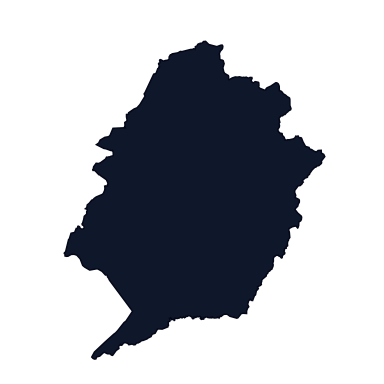 the district of Phnum Kravanh, Pouthisat, Cambodia, rotated 259°
{"feature_id": "14789045B35445184191564", "entity_name": "Phnum Kravanh", "entity_type": "district", "adm_level": 2, "iso_a3": "KHM", "parent_name": "Cambodia", "parent_adm1": "Pouthisat", "projection": "orthographic", "projection_center": [103.822, 12.181], "detail": "fine", "context": "isolated", "style": "filled", "palette": "ink", "viewbox_px": 384, "rotation_deg": 259, "n_neighbors": 0, "source": "geoboundaries", "source_scale": "gbopen_adm2", "svg_char_len": 5941}
<svg xmlns="http://www.w3.org/2000/svg" viewBox="0 0 384 384"><g transform="rotate(259 192 192)"><path d="M327.0,185.2L326.2,185.5L325.0,185.3L324.7,183.9L324.2,183.6L321.2,184.1L321.0,183.2L319.9,183.1L319.7,182.0L316.0,179.8L315.1,178.9L315.0,176.9L298.3,164.7L297.7,163.9L296.8,163.8L295.1,164.3L287.7,157.5L285.1,154.0L284.6,151.1L281.9,144.9L280.4,144.5L280.6,142.5L278.2,142.0L274.7,142.0L273.7,140.9L273.1,139.3L269.9,138.9L269.1,138.3L267.8,138.8L269.6,126.6L263.3,122.4L262.7,121.6L262.2,120.5L262.3,116.9L260.5,111.8L257.9,109.8L256.7,107.2L251.6,113.8L250.8,115.9L248.0,120.6L248.0,121.9L245.8,122.2L242.9,121.7L242.6,121.4L242.5,119.0L241.9,117.8L242.4,117.3L242.2,116.2L242.5,114.7L240.9,113.5L238.2,107.8L237.8,105.7L238.5,103.4L235.7,100.4L235.1,100.0L233.9,99.9L233.1,98.9L232.1,98.9L231.7,100.7L226.7,103.9L226.1,105.1L225.5,105.4L220.3,110.4L219.0,110.6L217.9,111.2L217.3,110.9L216.6,111.2L215.9,111.0L215.5,110.5L214.0,110.2L214.5,108.3L214.4,107.4L212.4,107.3L210.3,106.6L207.7,104.8L206.8,103.7L205.4,97.0L204.4,94.8L203.2,93.2L203.1,92.0L200.7,89.2L199.3,86.7L196.7,85.7L195.9,84.2L194.9,85.9L193.9,85.7L192.9,84.9L190.4,84.4L188.7,81.6L185.8,80.5L182.3,78.7L181.7,78.0L180.7,78.0L179.6,79.2L178.2,79.5L177.2,79.1L176.6,78.3L176.5,76.7L177.7,75.3L179.3,75.0L180.1,74.1L180.1,73.4L178.0,72.5L178.3,71.4L174.7,69.1L174.6,65.4L168.8,62.3L168.9,61.8L157.4,56.5L156.7,55.2L155.9,54.9L155.0,55.6L153.5,55.1L152.9,56.2L152.6,57.9L153.8,61.6L153.3,64.5L152.0,66.9L147.7,69.5L140.8,70.7L138.8,72.3L134.9,76.7L134.8,83.5L134.6,84.7L131.3,88.6L127.0,91.2L127.0,92.1L126.4,92.9L124.7,92.9L123.7,93.5L121.1,94.2L86.3,110.9L77.8,102.5L76.8,100.4L69.9,92.4L68.2,90.0L67.4,88.2L61.1,77.7L53.5,65.7L49.1,62.1L47.5,63.1L46.6,64.4L46.5,65.8L48.3,66.9L48.5,70.1L51.3,74.6L51.4,75.4L49.4,78.0L48.7,80.9L47.3,81.7L46.8,82.9L50.9,87.3L52.3,90.4L53.9,90.4L55.0,90.9L56.5,93.3L55.3,92.6L55.0,93.8L55.6,94.7L56.8,95.8L56.9,97.7L55.7,100.0L54.1,100.9L54.2,104.2L53.1,105.7L53.0,106.8L53.0,107.2L54.1,108.4L54.4,109.6L54.1,110.1L54.8,112.4L55.8,114.2L55.6,115.5L56.4,119.9L57.0,120.9L57.9,124.2L60.0,125.7L60.4,128.8L63.9,131.8L64.0,133.1L63.1,136.6L64.2,142.5L64.7,142.6L65.4,143.4L68.8,143.8L69.2,144.1L69.2,145.4L70.0,145.9L72.2,145.8L71.9,146.5L72.5,147.1L71.6,147.7L70.6,147.5L70.6,149.3L69.3,150.0L69.3,150.4L71.3,151.1L70.6,153.5L70.8,156.0L71.5,156.8L70.3,158.2L71.0,159.8L70.0,160.7L70.5,162.0L71.2,162.4L70.8,163.8L71.3,164.9L71.0,166.0L69.4,167.9L68.0,168.2L67.4,168.7L67.5,169.7L69.0,170.3L68.1,171.8L68.9,173.3L68.3,174.0L68.4,176.2L67.8,176.7L66.5,176.0L65.2,176.8L65.2,177.4L66.1,177.7L65.2,178.3L65.0,179.2L66.4,179.9L66.2,180.7L66.8,181.6L66.5,182.7L65.8,183.5L65.0,185.8L65.4,186.2L64.7,187.3L65.4,187.8L65.4,188.2L64.7,188.5L64.0,190.1L63.8,192.6L64.2,192.7L64.3,193.5L63.1,194.5L64.7,196.0L64.3,196.9L65.6,199.3L65.8,200.2L65.5,202.5L64.9,203.6L62.8,205.5L59.6,211.9L59.8,213.1L63.3,217.2L63.2,219.1L62.3,222.4L64.8,222.9L67.3,224.3L68.5,225.8L71.2,225.2L74.3,226.8L75.6,228.6L74.3,229.5L73.9,230.8L78.2,233.4L78.9,234.7L83.0,236.4L83.6,237.8L84.7,238.7L86.5,238.2L87.2,241.2L87.9,242.4L89.2,242.4L91.1,243.4L92.6,243.8L95.4,248.8L96.9,249.2L97.7,250.7L99.2,251.7L99.7,253.3L100.9,254.7L100.9,255.5L103.6,257.3L105.1,257.8L106.4,257.6L108.6,258.7L111.0,259.1L112.4,259.8L113.8,262.7L113.4,264.6L112.5,265.1L111.9,266.2L110.5,266.9L110.1,267.5L110.4,268.0L112.5,268.7L113.7,271.2L114.6,271.5L116.5,270.9L117.2,271.6L118.8,272.0L118.8,273.7L120.2,274.0L121.0,275.6L123.6,275.9L125.5,276.7L126.1,277.4L127.2,277.8L128.6,279.3L134.2,279.9L136.1,279.6L137.6,280.3L138.7,283.7L138.9,287.1L138.2,287.9L136.5,288.8L136.6,289.1L138.7,290.3L142.1,291.1L143.0,293.2L144.1,294.1L146.3,294.8L147.4,294.7L151.1,291.8L155.2,289.7L156.2,290.6L157.9,293.1L159.7,293.9L161.5,295.4L163.5,295.8L164.3,295.5L166.9,292.2L168.9,293.2L172.2,292.7L174.1,293.3L176.7,296.2L177.3,296.5L177.8,297.8L177.7,299.5L179.0,301.6L179.8,302.1L180.5,303.1L182.0,302.4L184.1,305.6L184.4,307.9L184.8,308.4L185.9,308.6L186.9,310.7L187.7,311.0L190.7,314.1L192.7,317.1L192.9,318.6L193.7,319.6L193.7,321.6L195.3,324.4L196.0,324.8L197.7,324.9L201.4,329.1L203.8,328.5L205.6,326.4L208.3,326.8L208.7,323.7L207.5,321.7L209.0,319.3L210.9,317.5L211.2,316.5L212.2,315.6L213.4,315.4L215.1,312.1L220.1,310.5L224.0,309.8L224.6,309.2L224.6,307.8L225.0,307.4L226.7,306.9L226.7,304.9L227.0,304.6L225.5,303.3L224.8,301.7L224.7,297.4L225.1,295.9L224.7,295.2L225.3,293.9L225.2,293.3L228.2,292.9L230.3,291.5L232.2,291.6L232.6,290.7L232.5,289.7L233.6,289.4L234.0,288.6L235.1,288.5L235.4,288.1L237.0,288.2L239.1,290.1L240.7,290.6L242.6,290.4L243.6,291.5L247.3,291.4L247.8,291.6L249.6,293.6L249.5,295.5L250.5,296.9L250.3,298.0L251.8,299.9L252.6,301.6L253.5,302.3L253.4,303.2L254.0,304.6L255.1,305.1L258.2,304.6L264.0,305.7L265.5,305.7L266.1,305.3L267.5,303.6L269.2,302.4L271.1,300.2L272.5,299.8L273.9,298.8L274.9,297.1L279.3,297.8L281.5,297.4L282.5,296.7L283.1,295.8L283.2,294.9L280.9,289.5L280.0,285.6L279.3,284.5L278.1,283.8L278.0,282.9L281.0,278.2L282.5,277.4L283.6,278.0L286.4,278.4L287.1,278.0L288.3,275.0L287.3,273.1L288.8,271.6L290.2,271.4L292.2,272.7L293.0,272.6L293.4,270.8L293.0,269.1L294.5,267.0L294.2,266.2L294.8,264.5L294.8,263.1L296.0,260.7L296.1,258.5L296.7,256.4L296.3,253.2L295.1,249.8L295.3,249.4L298.6,250.0L299.4,249.9L302.1,246.8L303.8,246.1L308.0,246.0L311.8,248.0L315.0,247.7L315.8,246.7L316.3,245.1L317.4,244.7L320.6,245.2L322.3,245.1L324.7,246.5L326.6,249.0L327.4,249.5L329.3,250.1L330.5,249.6L330.6,248.1L330.0,244.5L330.1,243.8L333.6,236.6L337.3,234.1L337.5,231.9L336.6,230.9L336.1,229.5L336.5,228.4L335.9,228.0L336.2,226.5L335.5,225.5L334.6,225.1L334.0,223.0L332.4,222.8L331.4,222.1L332.3,221.2L331.9,219.5L332.2,217.8L331.7,209.0L332.2,207.4L331.3,204.7L331.4,198.8L330.7,198.0L330.8,197.0L330.4,196.6L328.9,195.3L326.9,195.0L326.0,193.2L326.2,190.8L325.9,188.9L327.9,186.5L327.8,185.5L327.0,185.2Z" fill="#0f172a" stroke="#020617" stroke-width="1.5"/></g></svg>